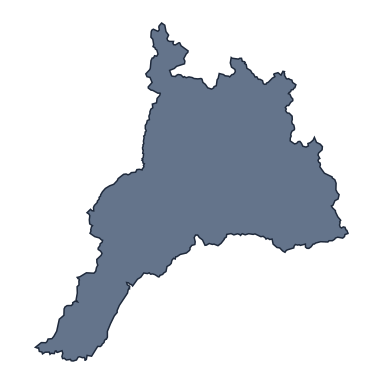 Caylloma, Arequipa, Peru (Albers equal-area conic projection)
{"feature_id": "86281439B30825453994343", "entity_name": "Caylloma", "entity_type": "district", "adm_level": 2, "iso_a3": "PER", "parent_name": "Peru", "parent_adm1": "Arequipa", "projection": "albers", "projection_center": [-71.786, -15.701], "detail": "fine", "context": "isolated", "style": "filled", "palette": "slate", "viewbox_px": 384, "rotation_deg": 0, "n_neighbors": 0, "source": "geoboundaries", "source_scale": "gbopen_adm2", "svg_char_len": 5892}
<svg xmlns="http://www.w3.org/2000/svg" viewBox="0 0 384 384"><path d="M348.6,233.3L347.9,233.2L346.9,230.4L345.9,229.8L345.0,227.3L343.3,226.9L341.4,228.0L340.1,227.0L339.5,225.0L340.1,222.8L339.7,221.8L340.7,220.3L337.8,216.8L335.5,212.0L335.4,210.6L332.5,207.8L331.4,206.0L333.0,205.2L334.9,200.7L338.1,199.0L339.1,194.6L337.4,192.8L335.9,189.8L336.1,183.2L334.8,179.7L332.3,178.0L332.1,176.9L324.4,173.2L319.8,166.8L320.4,164.7L320.0,162.9L318.8,162.3L318.0,160.4L318.7,159.0L319.8,158.5L318.0,155.0L318.6,153.0L322.1,149.8L322.4,146.6L320.3,144.2L316.5,142.4L314.4,137.4L313.1,140.2L310.2,142.7L307.9,143.5L308.4,145.9L306.1,147.1L302.8,146.2L301.4,143.2L299.9,141.4L298.2,141.6L296.6,143.4L294.5,143.9L290.2,140.9L290.3,138.1L291.2,136.0L290.7,134.9L291.1,133.1L292.0,131.2L294.4,129.7L294.5,128.2L293.8,125.1L292.3,123.8L291.7,121.7L292.3,119.5L292.1,116.1L289.2,113.2L287.4,113.0L286.7,112.4L285.6,110.7L286.3,109.0L285.3,107.6L287.0,105.5L288.7,105.5L290.7,102.3L292.8,100.7L292.8,99.0L291.2,97.2L289.9,94.2L288.4,93.7L289.1,92.5L290.6,91.7L291.3,89.9L293.1,89.6L293.8,88.3L294.9,87.7L295.9,84.7L292.6,82.5L291.9,80.1L289.4,79.3L288.8,78.6L287.2,79.0L286.4,78.7L284.5,75.3L284.6,73.7L284.1,72.8L284.5,71.6L282.9,71.3L281.0,75.1L278.0,72.7L274.1,73.8L273.8,74.4L274.9,76.7L272.4,78.1L268.3,82.3L266.6,83.0L266.1,84.1L264.5,84.3L263.3,83.6L262.5,80.6L260.0,79.3L258.3,79.3L256.8,76.8L255.1,77.0L253.6,74.1L252.1,73.2L250.6,70.5L246.9,68.3L246.2,64.4L244.6,63.6L245.2,62.5L244.5,61.7L242.3,61.3L241.5,58.3L239.7,58.3L238.4,59.1L232.1,58.2L231.2,57.5L230.3,62.9L231.5,67.1L234.9,69.4L235.3,71.5L234.6,73.0L233.4,74.3L231.9,74.6L229.7,76.9L228.7,76.2L225.0,75.8L223.6,74.6L219.2,73.5L218.2,78.3L217.1,79.8L216.3,85.7L214.0,86.6L213.7,87.8L211.6,89.1L207.7,87.8L205.4,84.4L202.9,82.4L202.0,79.1L201.0,78.5L197.9,78.9L194.0,78.5L192.1,77.5L188.9,76.9L186.2,77.7L184.3,76.6L183.3,77.3L180.9,74.9L178.1,74.5L176.2,75.5L175.6,76.5L172.2,76.2L171.5,75.6L169.6,70.4L174.3,68.5L176.6,66.3L184.5,63.8L184.9,61.1L183.7,58.7L186.3,53.8L187.8,52.5L188.1,50.9L181.1,45.8L179.7,42.8L178.8,42.8L175.4,44.9L173.7,44.7L172.9,43.2L173.5,41.4L169.5,41.4L167.7,40.5L167.0,38.6L168.6,35.1L166.0,31.6L164.8,25.2L161.6,23.0L159.1,25.9L158.8,27.0L159.3,29.8L157.9,31.3L153.3,29.2L151.8,30.2L151.2,31.9L150.9,37.2L152.8,39.3L153.7,44.7L153.0,46.6L154.9,47.6L155.3,49.0L156.8,50.0L158.0,54.1L156.7,56.2L154.6,55.7L153.5,57.9L152.2,58.0L151.0,60.6L150.3,68.3L149.6,69.8L145.8,73.9L147.0,76.7L150.0,77.4L152.1,82.5L148.2,86.9L148.3,88.1L151.0,90.1L152.8,90.4L157.9,93.2L160.0,93.1L160.3,93.7L159.6,95.6L157.1,98.4L156.5,102.8L152.3,104.1L152.8,107.8L150.9,109.1L149.9,111.8L150.0,113.4L148.9,116.1L149.4,119.7L147.3,120.5L146.5,123.7L145.3,125.3L145.3,128.8L146.2,130.6L145.9,131.6L145.2,131.9L144.9,135.1L143.7,136.1L144.1,137.7L143.4,141.2L143.8,143.7L142.9,144.9L143.2,146.0L142.5,147.6L142.7,149.7L143.3,150.1L142.7,153.3L143.6,153.8L143.5,154.8L143.2,157.6L142.1,158.7L142.7,159.5L141.9,160.2L142.8,161.0L143.0,163.0L144.4,163.8L143.4,165.4L143.9,166.2L143.6,167.4L142.4,168.7L142.1,169.9L139.3,169.3L136.9,169.6L135.6,172.2L131.3,172.6L129.6,174.2L128.0,174.8L126.1,174.0L123.6,174.3L118.1,178.6L117.3,180.5L113.7,184.3L109.7,185.8L105.4,188.4L102.5,191.7L100.6,194.9L100.5,196.1L99.1,197.3L99.2,199.0L97.3,201.2L97.4,202.3L94.4,205.4L93.5,207.4L93.7,210.9L91.9,210.7L90.5,209.3L87.0,212.7L89.0,214.1L89.8,215.7L89.3,219.8L89.7,223.9L92.5,225.7L91.5,226.7L90.7,229.9L91.0,230.9L90.0,233.3L94.7,236.6L99.5,238.0L101.5,240.0L102.6,240.3L102.1,242.3L100.2,243.7L99.9,245.7L98.1,248.1L98.2,249.5L100.6,251.1L102.0,253.3L101.1,255.4L96.8,259.4L96.9,262.5L97.8,265.2L96.5,267.5L95.7,271.3L93.9,273.2L86.4,272.8L79.8,276.8L77.2,277.4L78.1,278.7L79.2,279.1L79.4,280.1L78.9,280.8L79.0,284.9L77.1,286.7L77.3,293.1L76.1,299.8L77.5,301.8L75.1,301.1L72.7,302.7L72.8,304.0L71.5,305.5L67.1,305.6L65.0,307.0L64.1,308.9L63.9,315.3L59.3,319.2L56.7,331.2L53.8,336.4L51.9,338.7L48.1,339.0L47.0,341.6L45.8,342.7L41.3,342.6L35.4,347.3L37.5,348.1L38.6,347.9L39.3,351.4L41.9,352.0L42.5,353.9L45.2,352.2L49.2,352.1L50.0,354.3L51.1,353.3L54.3,353.6L55.3,351.0L56.3,351.0L56.8,352.2L57.5,352.4L62.0,350.7L62.8,353.3L61.9,356.5L62.6,358.6L64.3,358.3L66.3,360.0L70.5,359.4L71.2,360.8L73.2,361.0L76.5,360.0L78.1,357.2L79.6,356.7L82.4,357.7L84.2,357.5L84.9,358.4L84.9,360.1L85.4,360.2L86.4,359.4L87.1,355.4L91.6,356.2L97.7,346.4L100.3,346.5L101.7,345.4L102.0,344.3L104.0,342.5L104.5,340.4L105.9,339.1L106.4,339.2L107.4,337.2L107.4,331.3L110.5,323.7L114.3,315.9L117.2,312.4L117.1,310.6L119.4,305.3L127.5,293.1L128.1,290.1L129.0,288.2L129.5,288.6L129.7,286.3L127.3,284.7L126.6,282.5L128.5,282.8L130.1,284.3L131.4,284.5L132.6,286.0L137.5,279.2L140.8,277.2L143.8,273.0L147.4,273.6L149.2,272.8L150.7,274.2L152.6,273.9L155.1,274.7L158.3,276.9L159.4,276.7L159.8,275.4L162.7,274.4L163.6,273.1L166.0,271.5L167.0,266.5L169.8,264.9L171.2,263.4L171.9,260.3L173.6,258.3L175.2,259.0L175.7,256.8L177.1,256.6L180.3,254.4L186.4,253.0L189.5,250.4L190.1,249.1L189.9,247.9L191.8,245.4L194.9,244.5L195.2,241.8L194.2,237.6L195.5,235.1L197.7,235.1L199.3,237.5L202.5,239.9L205.0,245.3L206.5,245.1L209.2,243.5L212.4,244.4L214.0,244.1L218.0,245.7L221.1,243.3L224.2,239.4L224.4,238.4L226.3,237.1L226.7,234.4L231.1,233.6L233.9,234.9L237.5,233.8L239.7,234.5L240.5,235.4L242.2,233.7L245.2,234.8L248.7,233.7L253.2,234.4L255.0,233.9L260.9,236.7L263.1,236.3L265.4,238.0L266.0,239.1L267.2,238.4L268.3,238.5L269.6,239.5L272.1,239.1L273.1,244.1L277.0,247.5L279.7,247.9L282.7,251.0L285.0,252.3L286.2,250.5L287.5,249.8L293.8,247.9L294.0,246.3L295.4,244.5L297.7,245.1L299.2,244.7L300.3,245.4L305.4,244.1L305.5,247.1L307.0,248.3L308.9,248.4L311.1,246.8L313.1,244.1L314.5,244.0L315.5,243.1L320.6,241.7L327.9,242.0L329.1,240.7L332.4,240.7L334.7,239.2L335.4,238.1L337.7,237.2L342.7,238.1L344.5,236.6L345.0,234.5L348.6,233.3Z" fill="#64748b" stroke="#1e293b" stroke-width="1.5"/></svg>